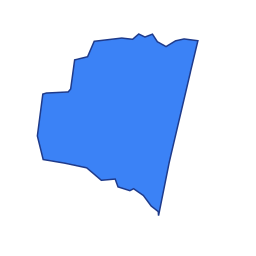 Franklin, North Carolina, United States of America, rotated 345°
{"feature_id": "52423323B24761978339557", "entity_name": "Franklin", "entity_type": "district", "adm_level": 2, "iso_a3": "USA", "parent_name": "United States of America", "parent_adm1": "North Carolina", "projection": "mercator", "projection_center": [-78.269, 36.042], "detail": "fine", "context": "isolated", "style": "filled", "palette": "blue", "viewbox_px": 256, "rotation_deg": 345, "n_neighbors": 0, "source": "geoboundaries", "source_scale": "gbopen_adm2", "svg_char_len": 585}
<svg xmlns="http://www.w3.org/2000/svg" viewBox="0 0 256 256"><g transform="rotate(345 128 128)"><path d="M117.8,35.5L107.4,48.7L94.1,48.4L82.7,75.5L79.5,77.7L58.2,73.1L54.5,73.2L38.4,112.2L37.9,136.5L57.6,145.5L77.8,155.8L88.7,171.6L102.4,174.0L103.1,182.3L113.6,189.0L117.7,188.1L125.4,197.2L130.2,209.4L135.6,216.6L134.9,220.0L134.8,220.5L135.0,220.2L158.8,172.1L163.0,164.2L202.7,90.3L202.8,90.0L218.1,61.8L205.2,56.5L196.5,56.1L185.8,59.2L178.7,52.3L175.9,43.7L167.9,44.5L162.7,40.0L155.4,43.5L145.2,39.5L117.8,35.5Z" fill="#3b82f6" stroke="#1e3a8a" stroke-width="1.5"/></g></svg>